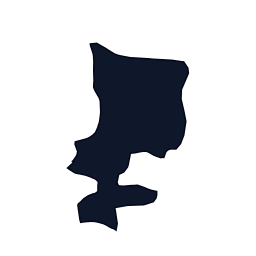 the district of Cap Estate/Becune Park, Gros Islet, Saint Lucia, rotated 250°
{"feature_id": "8701671B50591469420225", "entity_name": "Cap Estate/Becune Park", "entity_type": "district", "adm_level": 2, "iso_a3": "LCA", "parent_name": "Saint Lucia", "parent_adm1": "Gros Islet", "projection": "mercator", "projection_center": [-60.949, 14.095], "detail": "fine", "context": "isolated", "style": "filled", "palette": "ink", "viewbox_px": 256, "rotation_deg": 250, "n_neighbors": 0, "source": "geoboundaries", "source_scale": "gbopen_adm2", "svg_char_len": 1995}
<svg xmlns="http://www.w3.org/2000/svg" viewBox="0 0 256 256"><g transform="rotate(250 128 128)"><path d="M171.1,202.9L171.1,202.6L176.7,192.2L184.2,174.7L185.8,171.4L190.1,161.5L190.6,160.4L193.2,154.3L196.4,148.8L197.7,146.6L199.9,143.2L202.5,140.3L208.7,135.4L209.9,134.6L215.9,129.5L218.2,127.6L219.9,121.4L219.0,121.1L209.4,120.7L207.5,120.3L201.8,118.6L194.4,115.7L184.1,112.3L178.4,109.8L176.6,109.7L174.1,109.9L169.5,110.7L165.7,111.4L162.5,111.1L158.8,109.9L152.5,107.9L149.8,106.7L145.8,104.6L142.9,103.0L140.7,101.1L138.8,99.8L134.9,96.0L133.2,92.4L132.2,88.4L132.0,85.2L132.5,79.1L133.0,73.8L130.9,72.7L128.3,72.7L124.0,72.7L123.6,72.7L123.1,72.7L120.1,70.8L118.8,69.3L116.1,65.5L115.6,64.3L114.3,65.1L111.1,57.5L109.6,58.5L104.0,62.8L103.3,63.9L102.4,65.2L101.3,67.2L99.9,69.4L98.5,71.7L96.5,74.2L94.6,76.4L93.3,77.7L92.2,79.0L90.8,80.2L89.4,81.0L88.3,81.4L87.6,81.8L86.7,81.4L85.6,80.8L84.0,80.0L82.9,79.6L80.9,78.9L79.3,78.4L78.2,77.0L77.8,75.2L77.7,73.7L78.0,72.4L78.0,71.0L77.9,69.1L77.8,67.1L77.2,64.9L76.7,62.6L76.0,60.9L74.9,58.8L73.6,55.7L74.4,56.1L72.6,54.5L58.3,51.5L55.5,51.3L55.0,54.0L54.0,57.9L53.0,61.3L51.6,64.7L49.6,68.0L46.5,72.3L43.5,75.2L41.5,76.7L39.8,78.3L38.1,80.4L37.1,81.2L36.1,81.8L42.0,85.2L47.6,86.3L53.3,87.5L57.8,88.3L55.5,101.2L50.5,116.6L50.1,126.5L52.4,130.1L55.1,132.0L58.5,133.2L60.9,129.4L62.0,127.8L64.5,124.9L66.4,122.9L71.0,117.3L71.7,114.6L72.7,111.6L73.6,108.4L74.6,104.5L75.7,101.7L76.9,99.2L80.5,99.0L78.3,97.4L82.0,99.9L86.0,102.3L87.4,103.2L87.7,104.2L87.9,107.0L88.2,109.1L89.3,110.7L90.6,112.8L91.7,114.3L93.4,115.6L96.7,117.5L99.2,119.1L102.3,120.9L103.5,121.5L102.2,126.8L101.8,129.9L101.4,132.3L100.8,134.9L99.5,137.9L96.8,140.4L93.5,143.2L91.0,146.1L89.0,148.6L88.4,151.3L88.1,151.6L92.5,155.2L93.2,156.4L93.7,157.8L94.0,159.2L93.5,161.8L91.9,165.9L95.3,171.9L102.2,177.9L114.5,184.6L124.8,186.2L137.1,187.7L145.9,191.3L151.7,196.8L158.9,203.5L163.9,204.7L171.1,202.9Z" fill="#0f172a" stroke="#020617" stroke-width="1.5"/></g></svg>